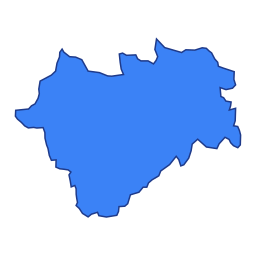 Toropi, Rio Grande do Sul, Brazil
{"feature_id": "56859067B18993584825810", "entity_name": "Toropi", "entity_type": "district", "adm_level": 2, "iso_a3": "BRA", "parent_name": "Brazil", "parent_adm1": "Rio Grande do Sul", "projection": "natural_earth1", "projection_center": [-54.3, -29.476], "detail": "fine", "context": "isolated", "style": "filled", "palette": "blue", "viewbox_px": 256, "rotation_deg": 0, "n_neighbors": 0, "source": "geoboundaries", "source_scale": "gbopen_adm2", "svg_char_len": 1665}
<svg xmlns="http://www.w3.org/2000/svg" viewBox="0 0 256 256"><path d="M15.7,110.3L15.4,116.2L17.5,119.1L21.4,122.4L24.7,125.9L28.3,127.9L33.7,127.4L36.8,128.0L43.1,127.6L44.9,132.6L45.0,138.1L46.6,144.9L48.0,148.5L49.3,155.4L51.4,160.3L56.1,159.9L55.9,167.1L59.8,168.8L63.6,169.2L68.2,169.9L70.9,172.0L69.0,174.9L70.3,181.2L71.2,186.9L74.8,185.5L76.1,188.7L76.2,194.4L76.7,198.2L77.5,202.5L76.1,205.5L79.3,208.5L82.5,213.4L88.1,216.9L91.4,214.2L97.5,212.3L98.9,215.7L106.4,217.0L116.8,215.3L118.5,211.5L119.0,206.6L124.8,206.2L127.7,203.7L130.4,194.8L139.0,192.2L143.1,187.2L146.8,187.2L148.5,182.9L152.1,179.8L158.8,175.8L160.7,171.0L169.6,164.6L176.2,156.3L178.8,159.6L180.8,165.9L183.8,164.8L188.7,158.2L191.1,150.8L192.2,144.1L197.7,139.2L206.4,147.0L216.9,148.6L219.1,143.8L225.0,137.3L229.1,139.4L230.7,142.8L233.5,145.7L237.8,147.7L240.3,144.9L240.6,135.0L239.4,130.5L237.7,126.5L233.6,125.8L235.2,120.8L235.6,108.3L229.3,110.0L230.6,105.8L231.1,102.0L225.9,101.1L223.6,97.7L220.9,96.5L220.1,87.6L226.0,89.6L232.5,88.2L235.6,84.9L233.9,79.4L234.2,71.7L223.3,68.1L218.4,66.3L217.7,62.3L214.7,58.9L211.6,52.9L209.1,51.0L206.3,48.3L202.2,47.8L194.9,50.1L185.8,49.8L181.6,52.5L177.4,51.3L164.7,47.6L156.5,39.0L154.9,49.5L156.2,52.7L157.7,56.7L156.1,60.4L153.5,63.9L148.1,60.9L140.9,60.9L137.6,58.8L135.8,54.9L126.5,55.3L122.6,53.1L119.3,54.0L120.2,62.4L121.2,69.0L123.5,74.5L111.7,76.2L107.6,75.9L99.4,72.6L88.1,71.1L81.8,59.7L75.6,57.1L69.6,56.7L63.8,52.1L62.1,49.1L59.8,52.3L59.5,57.0L57.0,63.2L55.6,71.1L51.4,75.1L40.1,81.1L38.8,89.1L39.3,93.7L38.1,98.3L35.0,103.9L31.5,105.8L28.6,109.0L15.7,110.3Z" fill="#3b82f6" stroke="#1e3a8a" stroke-width="1.5"/></svg>